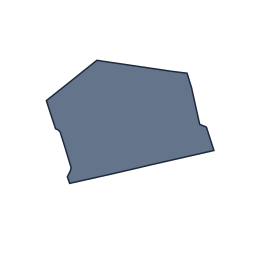 the district of Felipe Guerra, Rio Grande do Norte, Brazil, rotated 221°
{"feature_id": "56859067B3792850034153", "entity_name": "Felipe Guerra", "entity_type": "district", "adm_level": 2, "iso_a3": "BRA", "parent_name": "Brazil", "parent_adm1": "Rio Grande do Norte", "projection": "mercator", "projection_center": [-37.653, -5.533], "detail": "fine", "context": "isolated", "style": "filled", "palette": "slate", "viewbox_px": 256, "rotation_deg": 221, "n_neighbors": 0, "source": "geoboundaries", "source_scale": "gbopen_adm2", "svg_char_len": 465}
<svg xmlns="http://www.w3.org/2000/svg" viewBox="0 0 256 256"><g transform="rotate(221 128 128)"><path d="M119.4,208.1L132.4,199.3L191.7,161.3L195.9,158.7L201.6,127.4L204.7,110.7L207.6,95.1L182.2,79.9L179.6,80.7L176.6,80.5L162.9,72.1L144.8,60.7L143.4,57.8L141.7,51.3L137.9,49.2L135.7,47.9L106.7,87.3L90.4,109.9L86.4,115.5L48.4,167.4L69.4,180.1L76.3,177.8L91.1,188.7L98.9,194.5L106.5,200.1L119.4,208.1Z" fill="#64748b" stroke="#1e293b" stroke-width="1.5"/></g></svg>